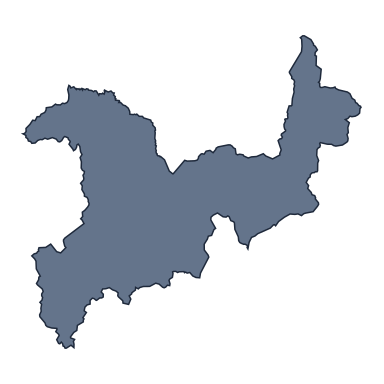 the district of San Antonio de Putina, Puno, Peru
{"feature_id": "86281439B17280612130391", "entity_name": "San Antonio de Putina", "entity_type": "district", "adm_level": 2, "iso_a3": "PER", "parent_name": "Peru", "parent_adm1": "Puno", "projection": "mercator", "projection_center": [-69.619, -14.709], "detail": "fine", "context": "isolated", "style": "filled", "palette": "slate", "viewbox_px": 384, "rotation_deg": 0, "n_neighbors": 0, "source": "geoboundaries", "source_scale": "gbopen_adm2", "svg_char_len": 5862}
<svg xmlns="http://www.w3.org/2000/svg" viewBox="0 0 384 384"><path d="M73.9,347.6L74.0,344.2L73.4,341.4L74.6,339.4L70.6,337.9L70.5,336.9L73.8,332.4L76.8,330.5L77.4,325.4L83.3,321.9L83.3,320.1L84.0,318.9L82.9,317.7L86.4,312.5L84.2,310.8L84.9,307.2L87.1,304.9L90.1,304.1L90.1,300.4L92.3,298.2L94.1,298.6L96.1,300.3L96.7,300.3L99.6,298.0L101.8,297.9L103.2,297.0L103.3,294.2L101.2,292.0L102.6,289.0L105.9,288.7L109.3,287.6L112.7,289.9L115.8,291.0L118.1,292.8L117.8,295.8L118.5,296.9L122.8,300.8L123.0,303.1L128.6,304.4L130.8,299.1L129.2,295.9L131.6,294.0L131.9,292.7L135.4,290.1L135.6,287.4L138.3,288.9L139.6,287.6L143.2,286.5L149.7,286.4L155.7,283.2L159.1,284.1L162.6,287.2L164.1,287.8L165.7,287.1L167.4,285.2L169.7,285.6L170.0,283.8L169.0,280.3L169.8,279.0L172.4,277.4L173.0,273.6L172.6,271.9L173.3,271.5L175.8,271.4L177.6,272.5L179.1,271.8L184.0,271.6L184.5,272.7L185.7,272.1L187.1,273.1L189.8,272.5L192.8,276.0L196.0,277.5L199.7,277.8L200.5,273.1L208.8,257.1L208.1,255.1L204.3,250.0L204.2,244.2L207.4,239.1L208.3,236.2L211.6,235.4L213.9,229.6L215.6,228.4L210.8,219.9L211.0,217.2L213.3,215.1L217.5,213.0L223.1,216.8L226.1,217.1L227.8,215.9L229.1,216.6L230.8,220.6L233.7,221.8L234.4,222.8L234.9,229.4L238.3,236.8L238.7,240.7L239.8,242.5L241.2,243.3L243.7,244.3L245.1,244.2L247.1,245.3L247.5,247.0L247.1,247.5L247.9,248.9L249.1,242.4L251.5,237.4L255.0,236.0L257.7,233.7L270.3,228.1L273.4,224.9L274.5,224.7L275.6,225.8L278.6,221.5L284.4,217.2L290.1,214.0L294.9,214.4L298.0,213.9L301.5,215.6L303.7,213.7L305.6,213.1L313.1,211.7L317.4,206.4L318.6,204.4L318.4,202.7L315.3,198.9L315.6,197.8L314.7,195.6L312.0,194.7L311.2,192.4L307.7,188.5L308.6,185.6L306.2,182.4L308.5,178.1L310.1,177.1L310.3,174.7L311.3,173.6L312.2,172.8L314.4,172.6L315.4,171.7L317.0,171.8L317.6,170.8L317.7,163.0L318.6,160.6L316.7,155.5L317.0,149.6L318.2,148.0L319.8,147.1L320.3,145.2L319.7,143.7L320.3,142.6L327.4,144.2L331.7,144.3L333.7,145.6L335.9,146.1L342.5,145.0L346.9,142.1L347.8,140.9L348.1,138.4L347.0,134.4L348.3,132.7L347.8,127.7L349.3,122.7L345.3,119.5L347.8,118.6L349.9,116.2L351.9,116.7L355.2,116.2L357.7,114.9L359.6,113.1L360.0,108.5L361.0,107.5L360.5,106.2L358.9,105.6L357.0,103.2L355.6,102.6L354.8,100.1L352.1,98.3L349.9,93.7L347.4,92.0L338.6,89.9L335.6,88.4L335.0,87.0L333.0,87.8L330.2,88.0L324.9,86.7L322.0,87.5L320.4,87.4L319.7,86.1L319.7,83.3L318.5,82.3L319.6,81.2L320.3,78.7L321.2,69.2L316.1,65.5L316.4,56.1L315.0,55.4L315.2,52.5L317.4,49.9L315.3,46.3L313.6,45.2L313.5,43.9L310.9,39.6L304.3,35.8L302.7,35.8L300.3,37.7L301.4,38.7L301.7,39.7L302.0,46.3L301.5,51.7L289.4,71.8L289.4,72.7L291.8,76.7L291.7,78.4L293.9,79.9L294.6,81.8L294.0,84.2L294.6,85.8L293.7,89.0L294.1,92.1L292.4,98.5L291.9,105.3L291.5,105.8L289.1,105.9L287.1,112.3L287.9,113.8L287.5,115.2L287.9,117.7L287.5,118.7L285.1,119.0L284.8,119.7L285.5,121.0L284.0,124.4L284.1,126.8L284.7,129.1L285.6,130.0L285.5,131.1L281.5,134.0L281.2,135.2L282.4,137.0L281.6,138.6L279.7,139.0L278.1,140.6L281.2,149.9L279.8,153.4L279.9,155.0L272.6,158.9L265.8,156.0L263.3,153.7L256.6,156.5L251.4,156.9L248.2,158.0L243.8,156.0L243.1,154.8L239.7,154.2L237.4,154.8L236.0,153.9L235.3,148.8L233.4,147.8L232.2,146.2L230.2,144.9L228.1,144.9L218.1,146.9L216.1,148.2L215.8,149.4L213.1,152.7L210.0,150.4L206.1,151.2L204.1,154.2L202.0,153.7L200.8,154.2L198.6,156.6L198.3,158.6L197.0,160.2L194.7,160.8L187.2,161.1L184.7,160.3L173.2,173.8L172.7,173.8L169.3,171.1L164.5,159.8L160.6,156.5L160.1,156.8L159.5,156.0L157.7,155.7L157.0,154.7L157.2,154.0L156.3,153.1L156.0,151.7L156.3,150.7L155.6,148.6L156.3,145.8L155.4,145.2L155.8,143.3L155.2,142.0L155.7,141.0L154.8,138.4L155.2,132.7L154.8,131.0L155.5,130.2L155.1,127.7L152.7,125.2L152.8,123.0L151.4,122.1L150.7,120.1L143.6,117.9L142.5,116.4L139.2,116.3L136.8,114.1L136.0,114.7L134.4,114.2L133.5,114.6L129.9,114.3L129.7,111.4L128.2,108.1L125.3,105.7L123.2,105.1L120.6,102.5L118.8,102.5L119.5,101.1L119.2,100.6L115.5,100.2L115.3,99.8L115.9,98.8L114.9,97.9L115.3,96.6L113.6,95.1L114.2,93.0L112.8,92.9L111.0,91.0L108.2,92.0L104.5,90.1L104.0,91.5L104.7,90.8L105.1,91.2L104.1,94.1L102.7,93.1L101.9,93.9L99.5,93.7L98.8,95.2L96.3,91.0L94.8,90.8L93.6,91.7L91.6,90.5L88.5,90.1L88.1,89.1L86.5,88.8L85.2,89.7L82.7,88.7L82.5,90.0L81.3,88.5L79.9,89.8L79.0,88.7L78.2,89.2L76.8,88.6L76.3,89.5L73.8,86.8L70.8,87.9L70.1,86.2L68.9,85.4L67.7,89.5L68.9,95.0L68.7,98.6L68.4,100.4L67.0,102.5L64.7,103.6L62.5,103.2L60.4,104.9L56.8,104.8L55.5,104.1L51.9,106.9L46.3,107.7L46.0,110.2L44.7,112.5L41.1,114.2L39.7,116.6L37.1,116.7L35.2,120.6L32.7,120.2L29.9,124.4L26.0,128.4L26.1,131.6L24.5,133.5L23.0,133.8L25.9,135.4L25.9,137.5L27.6,138.6L28.4,141.0L30.7,141.6L31.8,143.3L35.2,143.0L37.7,140.5L40.2,139.5L42.2,139.7L44.9,138.2L47.7,139.2L52.4,137.6L56.2,139.1L58.2,141.6L59.8,141.9L61.7,140.6L63.6,137.4L64.8,136.5L68.0,137.8L68.4,139.3L70.0,141.1L70.2,141.8L69.0,144.2L72.9,149.2L73.5,150.7L75.4,149.5L76.6,147.2L76.9,145.0L78.2,144.1L79.8,146.4L80.6,151.8L82.0,154.5L80.1,157.6L81.4,161.7L81.2,168.0L82.5,170.3L84.4,171.4L84.1,173.7L83.0,175.2L83.8,178.2L83.6,179.9L80.6,183.3L82.3,185.8L81.9,189.6L84.4,193.9L84.4,196.2L87.1,197.4L88.3,199.8L88.2,201.5L89.1,203.5L88.8,205.2L87.6,207.1L84.8,210.3L82.3,212.2L82.7,216.5L80.7,218.8L82.0,219.9L84.0,223.6L64.8,238.1L63.5,239.9L63.5,241.3L64.7,246.1L65.9,247.6L60.7,252.9L56.7,251.7L50.7,244.1L45.7,247.4L39.0,247.7L38.4,249.7L38.7,251.1L37.5,251.8L36.6,253.2L34.2,253.8L31.8,255.9L34.7,258.9L36.0,261.2L36.3,268.9L40.3,276.2L38.9,277.1L38.6,279.8L36.5,283.5L37.5,284.9L42.2,288.9L43.2,291.4L41.7,294.0L41.7,295.8L42.6,297.4L42.0,300.1L39.9,302.3L41.6,304.2L40.9,308.3L41.2,311.3L39.6,314.9L39.9,316.8L45.0,322.9L45.8,325.3L47.3,326.7L51.7,328.0L56.8,328.4L57.0,329.3L55.8,331.7L58.7,334.3L59.1,335.6L56.7,339.7L58.6,343.4L59.8,343.8L61.3,342.1L62.6,343.6L63.1,346.1L64.2,346.4L65.1,348.2L66.4,348.1L71.0,345.2L73.9,347.6Z" fill="#64748b" stroke="#1e293b" stroke-width="1.5"/></svg>